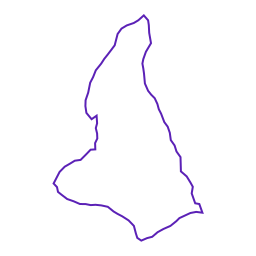 Dolcinópolis, São Paulo, Brazil (Robinson projection)
{"feature_id": "56859067B60729882728562", "entity_name": "Dolcinópolis", "entity_type": "district", "adm_level": 2, "iso_a3": "BRA", "parent_name": "Brazil", "parent_adm1": "São Paulo", "projection": "robinson", "projection_center": [-50.529, -20.106], "detail": "fine", "context": "isolated", "style": "outline", "palette": "violet", "viewbox_px": 256, "rotation_deg": 0, "n_neighbors": 0, "source": "geoboundaries", "source_scale": "gbopen_adm2", "svg_char_len": 1207}
<svg xmlns="http://www.w3.org/2000/svg" viewBox="0 0 256 256"><path d="M199.3,204.0L195.2,203.3L191.7,193.4L192.8,186.8L190.6,182.8L186.7,176.4L180.9,171.4L180.7,163.7L180.5,157.1L176.5,151.5L174.6,145.5L170.8,140.1L169.8,132.8L167.7,126.7L164.3,122.1L161.1,113.7L158.8,109.2L157.4,104.0L154.7,98.2L151.2,94.7L148.1,90.8L144.9,83.5L144.0,73.5L143.3,68.5L142.4,63.6L143.3,59.1L145.9,51.8L151.0,43.2L149.2,32.9L148.8,25.1L148.1,20.3L143.8,15.4L138.3,20.3L133.8,23.0L126.8,25.4L121.5,28.6L117.6,34.0L114.7,45.3L109.8,51.8L107.2,55.2L104.3,58.8L101.2,63.6L95.8,70.3L93.1,77.1L90.2,82.7L88.2,92.6L85.6,100.2L85.4,106.1L86.4,112.9L91.6,119.2L96.6,115.7L97.1,123.3L95.8,128.1L97.1,133.5L97.3,138.5L95.1,143.1L95.3,149.4L90.6,149.7L86.1,154.4L80.6,159.9L74.8,160.7L69.9,163.7L64.7,166.7L59.6,171.9L53.6,183.5L57.0,187.1L58.0,191.9L61.5,194.7L67.1,199.0L73.7,201.3L79.9,204.0L85.7,204.1L90.7,205.1L95.5,204.8L101.3,205.4L107.8,206.8L113.6,211.5L117.6,213.9L122.2,216.3L128.6,220.4L133.9,225.9L135.9,233.5L137.3,237.9L141.3,240.6L147.1,238.1L152.2,236.8L157.6,232.2L163.4,229.0L170.4,225.9L176.4,221.1L179.4,218.1L190.4,213.0L196.2,211.9L202.4,212.7L199.3,204.0Z" fill="none" stroke="#5b21b6" stroke-width="2"/></svg>